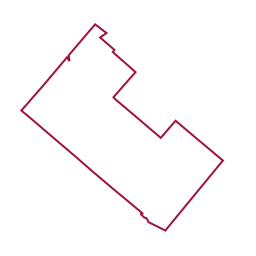 the district of Bennington, Vermont, United States of America, rotated 308°
{"feature_id": "52423323B50806890780295", "entity_name": "Bennington", "entity_type": "district", "adm_level": 2, "iso_a3": "USA", "parent_name": "United States of America", "parent_adm1": "Vermont", "projection": "natural_earth1", "projection_center": [-73.109, 43.027], "detail": "fine", "context": "isolated", "style": "outline", "palette": "rose", "viewbox_px": 256, "rotation_deg": 308, "n_neighbors": 0, "source": "geoboundaries", "source_scale": "gbopen_adm2", "svg_char_len": 699}
<svg xmlns="http://www.w3.org/2000/svg" viewBox="0 0 256 256"><g transform="rotate(308 128 128)"><path d="M136.5,222.2L160.8,222.8L161.1,213.4L161.8,192.9L163.0,161.0L140.4,159.9L141.7,129.3L142.8,100.8L143.2,98.3L143.3,97.6L176.7,99.5L177.7,82.1L178.5,69.3L181.2,69.2L182.1,50.3L189.6,52.6L189.4,38.3L176.9,37.7L148.7,36.5L144.7,40.7L146.1,36.4L110.4,35.1L76.1,33.2L75.5,51.4L75.0,60.9L74.9,61.1L74.8,65.4L73.1,105.1L73.0,108.1L72.0,125.0L71.9,126.7L70.8,155.4L70.8,155.8L70.8,156.5L70.7,158.4L70.4,170.7L69.7,190.4L69.6,191.8L68.2,191.2L67.9,191.5L67.5,196.1L68.3,198.2L67.6,200.1L66.4,202.1L70.2,220.6L73.2,220.6L105.2,221.4L136.5,222.2Z" fill="none" stroke="#9f1239" stroke-width="2"/></g></svg>